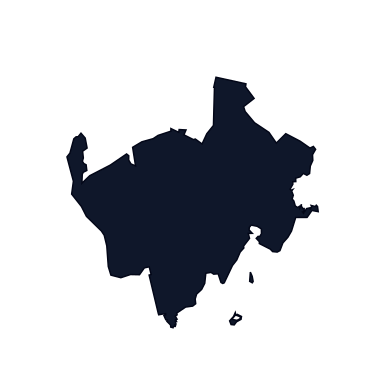 outline of Galway City East Lea-6, Galway, Ireland, rotated 313°
{"feature_id": "5873133B29107056882514", "entity_name": "Galway City East Lea-6", "entity_type": "district", "adm_level": 2, "iso_a3": "IRL", "parent_name": "Ireland", "parent_adm1": "Galway", "projection": "albers", "projection_center": [-9.004, 53.286], "detail": "fine", "context": "isolated", "style": "filled", "palette": "ink", "viewbox_px": 384, "rotation_deg": 313, "n_neighbors": 0, "source": "geoboundaries", "source_scale": "gbopen_adm2", "svg_char_len": 2514}
<svg xmlns="http://www.w3.org/2000/svg" viewBox="0 0 384 384"><g transform="rotate(313 192 192)"><path d="M132.4,76.6L119.0,97.9L108.4,105.4L106.0,121.0L102.2,131.4L101.7,152.3L100.5,157.3L94.5,166.4L80.4,181.6L75.9,189.4L80.8,198.4L89.7,203.3L95.7,210.0L104.0,208.9L108.1,211.7L103.8,218.4L102.0,217.3L80.3,250.0L79.5,251.4L82.9,253.9L85.1,255.7L84.1,256.6L82.5,255.7L80.7,260.0L81.5,261.3L80.3,261.8L80.1,267.0L78.7,268.6L79.8,270.7L81.0,270.1L82.2,271.3L83.0,270.1L83.3,270.9L84.5,270.3L86.2,267.9L86.8,268.8L87.5,267.1L88.8,267.8L89.8,264.4L92.0,264.9L93.0,263.4L103.5,265.8L109.0,270.3L112.8,270.9L115.9,267.3L120.5,265.0L127.3,265.5L133.9,263.6L142.0,257.5L146.2,260.8L146.7,263.9L150.0,266.9L145.6,274.9L146.1,276.9L147.6,277.5L165.9,271.7L172.8,271.1L180.9,268.2L186.4,268.1L187.6,266.6L197.3,265.7L200.1,261.4L202.9,264.3L203.2,259.6L205.3,258.0L208.2,257.9L211.4,263.1L212.3,267.9L208.9,271.2L205.8,271.9L204.6,270.6L201.9,270.6L201.6,275.2L200.2,276.4L203.6,288.2L203.4,291.6L206.2,295.3L209.1,296.3L216.7,293.2L224.3,293.0L231.3,291.4L244.1,285.2L251.9,293.5L260.3,292.3L263.7,297.7L267.0,293.7L267.1,291.9L265.5,292.1L263.4,288.3L262.9,289.5L259.6,290.5L261.2,289.3L258.0,287.1L252.4,288.1L252.7,286.3L254.6,287.0L256.4,285.3L255.5,284.3L256.2,281.6L257.7,280.4L253.7,281.8L254.7,280.3L252.8,279.9L252.2,277.1L254.9,272.6L255.2,270.0L258.7,268.3L260.7,264.2L262.5,264.0L260.8,263.2L261.0,261.8L266.4,260.5L268.2,258.7L270.4,260.8L272.8,258.4L276.9,260.8L281.5,260.7L282.6,264.6L285.7,265.4L291.7,260.8L297.5,258.8L301.5,254.7L307.5,253.3L308.1,249.7L304.6,248.3L302.9,236.4L298.6,220.8L285.3,220.3L288.1,207.6L285.3,190.5L287.1,176.0L289.6,171.5L302.8,173.6L305.4,159.4L307.9,157.7L292.3,131.3L283.4,136.5L283.8,137.1L255.3,162.3L244.7,163.1L234.0,166.6L233.0,158.3L231.3,157.3L228.3,147.1L233.3,145.3L228.9,140.0L226.6,141.6L224.0,133.3L222.1,135.1L210.3,128.6L204.5,127.2L194.5,121.1L184.2,118.1L172.6,132.9L170.9,128.2L172.2,123.9L175.4,121.0L175.2,118.2L156.0,113.9L134.2,106.1L123.3,105.5L130.1,99.7L132.2,99.0L136.0,100.4L139.7,96.0L139.0,93.5L139.7,90.9L142.8,89.3L147.2,84.2L152.6,85.3L158.6,77.1L159.3,70.7L154.8,71.0L153.3,69.6L150.3,69.3L137.2,76.2L132.4,76.6ZM132.0,308.4L133.8,312.6L131.9,313.6L128.8,312.4L126.0,307.9L132.1,307.7L133.3,305.9L129.3,307.3L123.4,307.4L121.7,311.0L123.6,313.5L127.4,313.1L132.3,314.7L134.7,313.1L133.4,308.6L132.0,308.4ZM171.4,293.5L173.2,289.3L166.0,295.1L166.7,298.0L168.3,297.7L171.4,293.5Z" fill="#0f172a" stroke="#020617" stroke-width="1.5"/></g></svg>